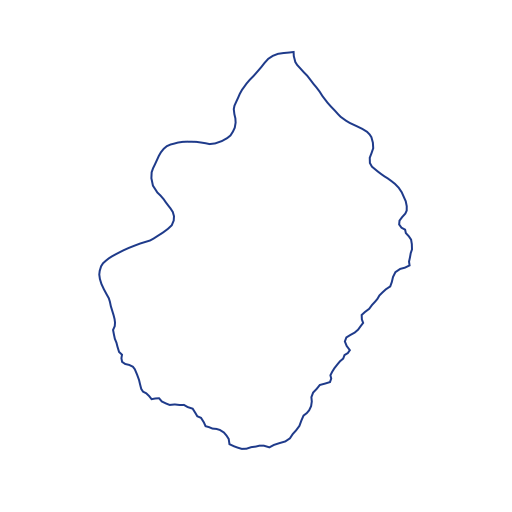 outline of Cristais, Minas Gerais, Brazil, rotated 73°
{"feature_id": "56859067B19723843518718", "entity_name": "Cristais", "entity_type": "district", "adm_level": 2, "iso_a3": "BRA", "parent_name": "Brazil", "parent_adm1": "Minas Gerais", "projection": "robinson", "projection_center": [-45.56, -20.812], "detail": "fine", "context": "isolated", "style": "outline", "palette": "blue", "viewbox_px": 512, "rotation_deg": 73, "n_neighbors": 0, "source": "geoboundaries", "source_scale": "gbopen_adm2", "svg_char_len": 3221}
<svg xmlns="http://www.w3.org/2000/svg" viewBox="0 0 512 512"><g transform="rotate(73 256 256)"><path d="M404.0,354.0L405.9,351.0L408.3,348.1L409.8,344.4L411.8,341.4L415.4,338.3L419.1,336.7L423.0,335.6L428.2,336.4L431.6,332.6L433.8,329.7L436.3,326.0L437.5,321.5L437.4,316.4L438.2,311.9L438.4,308.1L439.6,304.1L442.9,299.1L441.9,294.1L441.8,288.5L441.9,282.2L440.3,276.9L437.0,272.9L434.5,268.7L431.2,264.2L426.6,260.7L422.5,257.2L421.1,253.4L419.1,250.3L415.7,247.2L411.5,245.2L407.2,244.3L403.3,241.3L400.8,236.8L398.0,232.7L398.2,227.3L398.2,222.1L395.2,219.9L391.8,219.7L388.9,216.9L386.2,213.8L383.3,209.6L381.2,206.4L379.6,202.6L376.6,200.3L375.7,196.6L373.5,193.8L368.5,195.6L363.7,196.0L360.3,193.4L359.1,188.8L358.1,184.0L356.3,179.9L353.5,176.2L351.3,173.1L347.6,173.3L343.3,172.2L341.4,168.2L339.6,163.2L336.7,159.3L334.4,155.3L332.5,152.4L329.8,149.5L327.8,145.7L325.8,141.5L324.3,136.5L320.7,133.8L316.1,131.1L312.2,127.4L310.5,121.9L310.7,117.0L309.9,111.9L306.1,111.3L302.4,109.2L298.5,107.2L295.3,104.9L290.2,103.5L285.7,102.9L281.8,104.1L277.9,106.0L274.4,105.7L271.5,108.6L267.7,109.9L264.1,108.4L261.4,104.7L259.1,100.8L256.6,98.6L252.5,97.3L247.4,96.8L242.6,97.4L237.7,98.0L232.4,99.6L227.7,102.0L223.8,104.7L220.2,107.4L217.5,109.8L214.3,112.3L210.7,114.9L207.2,117.2L204.5,119.0L200.4,119.9L195.3,118.5L191.6,115.6L187.2,112.4L181.8,111.1L176.1,110.9L173.0,111.8L169.7,113.5L165.5,117.2L161.6,121.4L158.9,124.4L156.2,127.4L153.0,130.3L150.1,132.5L147.6,134.4L144.5,136.0L140.0,138.1L134.9,140.7L130.3,142.8L126.0,144.4L122.5,145.7L117.4,147.1L112.5,148.9L108.3,150.7L103.1,152.6L98.6,154.3L94.4,156.5L89.5,158.8L85.3,160.8L82.0,161.7L75.8,161.4L71.9,160.4L71.1,164.9L69.9,170.6L69.1,175.9L69.5,181.4L71.0,186.6L73.8,191.3L76.8,195.6L79.3,199.5L83.0,205.5L85.7,210.5L88.3,214.6L90.6,217.6L93.0,220.8L96.2,224.1L99.5,226.9L102.5,229.6L105.9,232.6L109.0,234.3L114.0,235.2L118.4,235.5L122.5,236.5L127.1,238.8L130.3,241.7L133.3,245.2L134.8,249.0L136.1,255.0L136.4,262.1L135.4,267.7L133.5,271.1L131.5,275.2L129.4,279.7L127.8,284.5L126.5,288.6L125.4,292.8L124.7,297.5L124.6,301.4L124.4,305.1L124.9,309.2L126.5,312.9L129.0,316.6L131.8,319.6L135.3,322.7L139.0,326.0L142.0,328.8L145.4,331.3L151.0,333.3L158.6,334.0L162.8,332.8L166.4,331.8L170.4,329.6L174.7,327.7L178.2,326.6L182.0,325.2L185.7,323.8L189.6,322.7L194.0,322.8L198.0,324.3L202.0,327.6L204.3,332.3L206.3,337.9L208.0,344.0L209.4,348.9L210.2,352.8L210.2,357.9L210.2,363.1L210.6,369.2L211.1,375.5L211.8,381.0L212.5,385.0L213.3,389.4L214.2,393.8L215.2,397.4L216.6,400.9L218.2,404.4L220.5,407.1L224.5,409.8L227.9,411.3L232.3,412.0L237.5,412.0L243.3,411.2L248.8,410.1L253.4,409.1L257.0,409.1L261.6,409.5L266.2,409.5L271.1,409.5L275.0,409.7L278.5,410.3L281.8,411.6L284.9,414.3L289.3,414.8L293.9,415.2L298.1,414.8L302.3,415.0L307.7,415.0L311.2,413.0L314.4,414.6L318.1,415.0L321.0,412.7L323.1,409.1L325.9,406.1L328.9,405.0L334.7,404.4L340.3,404.1L344.9,404.4L349.6,404.6L352.7,403.7L355.2,401.1L358.6,399.2L362.4,397.7L362.8,394.0L363.7,390.3L367.6,388.6L370.8,385.1L373.2,382.1L374.2,377.1L376.2,372.5L377.4,368.4L380.5,365.5L383.5,361.2L388.7,359.8L392.1,359.0L394.7,355.9L399.9,354.5L404.0,354.0Z" fill="none" stroke="#1e3a8a" stroke-width="2"/></g></svg>